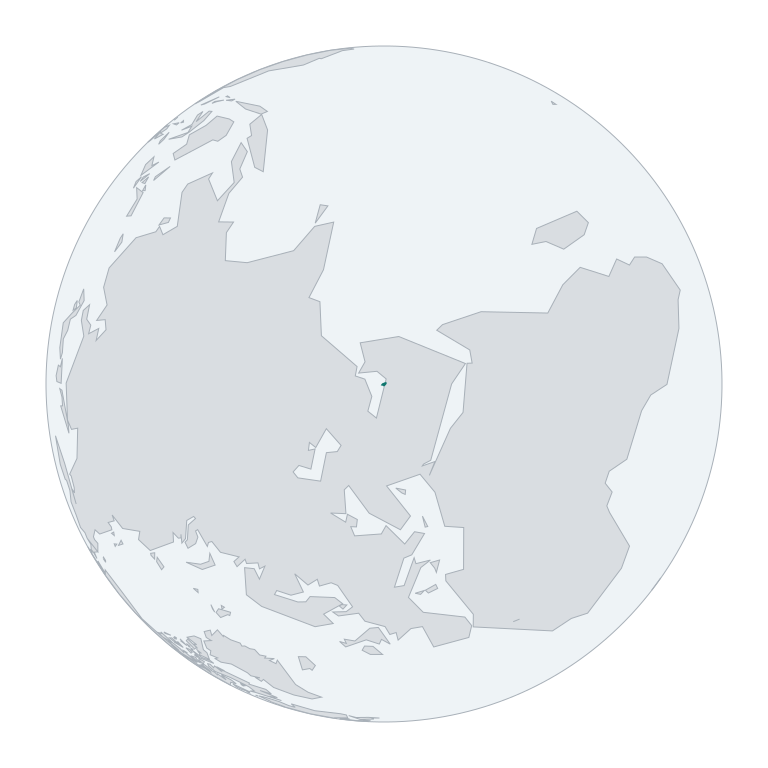 globe centered on Al Wakrah, rotated 223°
{"feature_id": "QAT-1101", "entity_name": "Al Wakrah", "entity_type": "Municipality", "adm_level": 1, "iso_a3": "QAT", "parent_name": "Qatar", "parent_adm1": "", "projection": "orthographic", "projection_center": [51.437, 24.907], "detail": "fine", "context": "on_globe", "style": "filled", "palette": "teal", "viewbox_px": 768, "rotation_deg": 223, "n_neighbors": 0, "source": "natural_earth", "source_scale": "10m", "svg_char_len": 10857}
<svg xmlns="http://www.w3.org/2000/svg" viewBox="0 0 768 768"><g transform="rotate(223 384 384)"><circle cx="384" cy="384" r="338" fill="#eef3f6" stroke="#a8b0b8"/><path d="M481.4,60.4L483.6,61.1L479.6,60.1L463.6,55.9L460.7,55.4L470.5,58.1L472.6,59.5L458.7,55.5L461.1,57.9L434.7,53.4L400.8,47.3L383.2,47.6L340.2,49.5L341.1,50.0L325.4,52.4L320.6,54.1L314.0,54.9L315.9,55.7L322.9,54.8L326.0,55.0L323.8,56.3L315.0,57.1L314.8,56.7L311.1,57.7L307.6,57.7L308.1,58.4L297.7,60.0L304.7,60.4L293.6,63.4L287.6,64.0L292.7,61.3L291.3,59.0L290.8,59.2L314.2,53.4L338.0,49.2L362.0,46.8L386.2,46.1L410.3,47.1L434.3,49.8L458.0,54.3L481.4,60.4ZM237.1,79.7L237.1,80.0L249.8,74.5L251.7,74.2L262.9,70.5L256.4,74.3L243.9,80.3L234.2,83.9L228.4,87.0L233.7,86.8L211.9,97.8L190.9,113.2L185.8,116.3L182.9,115.1L192.8,105.9L190.2,107.2L213.1,92.5L237.1,79.7ZM188.1,108.7L186.5,110.4L173.8,119.6L169.6,123.1L167.4,125.3L170.3,123.5L164.9,128.0L165.3,126.4L170.2,122.3L170.1,122.5L173.4,119.7L188.1,108.7ZM47.6,415.8L48.2,421.4L49.4,430.9L47.6,415.8ZM485.0,61.5L487.9,62.5L489.4,63.0L485.0,61.5ZM265.8,68.8L264.4,69.6L263.0,69.9L265.8,68.8ZM272.0,66.7L271.4,66.4L274.3,65.4L274.6,65.6L272.0,66.7ZM484.7,62.1L486.1,63.2L481.9,61.3L484.7,62.1ZM272.0,67.4L279.5,63.7L284.5,62.0L289.9,61.6L272.0,67.4ZM485.2,63.3L489.0,66.8L495.8,68.7L478.8,66.1L481.2,63.4L474.9,60.6L481.5,62.7L485.2,63.3ZM326.0,54.0L318.5,55.1L326.8,53.2L326.0,54.0ZM330.5,52.9L351.5,48.5L361.5,48.2L352.4,49.4L367.0,48.8L361.6,50.7L352.3,51.4L347.0,51.1L349.0,52.2L330.5,52.9ZM468.9,64.5L467.4,65.1L465.9,63.8L468.9,64.5ZM327.9,55.0L331.2,53.9L340.1,53.4L335.1,55.7L333.8,55.0L327.9,55.0ZM373.5,48.0L379.2,48.5L376.3,50.0L378.2,50.5L362.3,50.7L373.5,48.0ZM330.7,55.8L332.3,57.0L326.1,58.4L325.2,56.2L330.7,55.8ZM344.6,52.5L348.6,52.5L344.7,53.2L344.6,52.5ZM305.0,65.5L308.8,63.5L313.8,63.0L305.0,65.5ZM333.3,57.3L335.4,56.8L337.8,56.6L337.5,57.7L333.3,57.3ZM361.4,52.1L359.0,52.8L367.8,52.0L366.0,53.6L355.7,53.7L359.4,54.3L358.9,54.9L351.1,54.4L361.4,52.1ZM344.4,58.3L330.7,59.8L322.6,63.2L317.9,63.6L331.9,58.1L344.4,58.3ZM349.0,56.0L345.1,57.4L341.3,56.9L341.6,55.6L349.0,56.0ZM368.5,54.9L373.9,52.3L375.9,52.5L368.5,54.9ZM342.8,59.3L346.1,59.0L342.7,59.6L342.8,59.3ZM361.5,56.2L363.1,55.1L365.4,55.3L361.5,56.2ZM351.5,59.5L347.0,59.8L347.1,58.8L351.5,59.5ZM356.6,58.0L359.4,58.5L349.8,58.2L357.0,57.5L356.6,58.0ZM363.4,56.5L365.3,56.3L362.4,56.9L363.4,56.5ZM353.7,63.6L341.6,63.5L341.7,61.0L353.5,61.4L353.7,63.6ZM84.7,411.2L78.8,355.3L87.1,340.3L92.4,318.3L153.1,267.2L161.6,276.5L204.5,282.2L209.1,286.7L199.4,302.7L227.8,333.4L242.5,321.4L272.9,339.6L296.1,342.6L312.6,311.2L274.6,305.5L272.6,288.6L306.7,279.4L340.6,285.7L340.9,279.5L323.4,263.2L335.1,253.2L317.8,256.8L321.9,263.8L311.1,266.7L306.7,260.7L311.0,257.0L301.9,252.9L283.7,272.5L285.9,281.8L259.7,281.1L260.9,296.8L252.4,302.3L247.2,278.0L250.7,270.2L237.8,242.5L231.8,250.3L243.5,277.5L238.1,274.4L230.0,286.9L231.9,274.9L220.6,244.6L199.6,243.8L165.9,268.7L155.1,267.1L149.1,256.5L168.3,225.6L190.4,232.8L197.5,223.5L199.0,206.3L205.6,210.5L208.9,204.8L217.8,207.3L236.2,197.5L246.2,199.1L259.1,183.3L266.0,182.3L256.4,191.7L255.0,199.6L280.5,205.1L287.1,202.6L293.4,192.2L299.6,195.7L302.5,185.1L319.9,184.3L301.1,176.9L308.0,166.1L321.6,159.8L320.5,155.3L298.4,165.8L292.6,171.4L293.1,178.1L274.4,194.2L264.4,195.1L271.2,174.5L257.8,174.2L268.9,159.5L321.8,137.9L340.9,136.0L360.7,154.6L353.0,160.4L342.0,156.3L346.9,169.6L349.0,163.9L354.2,167.2L362.1,159.0L366.1,161.1L366.9,150.2L372.7,151.8L372.1,158.7L388.8,149.4L402.5,151.4L404.3,148.4L402.4,144.7L421.0,150.4L421.6,148.0L415.7,145.1L412.9,138.8L415.3,130.2L421.6,132.6L421.6,136.0L431.0,147.5L430.1,157.1L432.9,157.3L435.2,149.7L423.7,135.5L423.3,129.8L430.0,135.6L427.5,133.0L429.3,131.0L437.0,131.5L430.2,124.9L441.4,102.8L457.4,102.8L462.1,109.7L476.6,100.1L493.5,102.8L488.0,99.9L491.3,94.6L486.0,93.5L483.6,91.8L489.6,80.4L495.9,80.3L492.3,74.1L489.5,72.8L484.6,72.3L478.8,66.1L495.8,68.7L501.3,71.3L508.1,72.1L519.7,78.2L532.5,84.4L541.2,92.0L550.5,97.1L552.1,96.9L566.0,104.5L589.0,122.1L563.3,108.1L527.3,86.3L541.4,94.7L536.1,93.3L539.9,96.9L550.0,103.4L552.4,103.7L557.8,120.2L577.9,142.8L581.6,137.7L590.9,141.8L617.1,167.9L636.2,214.3L648.7,224.1L654.1,232.7L653.4,241.2L645.6,228.6L638.6,227.1L634.3,219.3L630.5,230.1L624.2,219.5L624.3,234.1L631.8,240.9L637.5,234.5L640.4,252.9L655.0,263.5L664.2,281.4L665.1,321.9L654.7,339.7L655.6,346.2L647.5,342.4L642.7,358.3L662.4,386.4L663.9,396.4L653.4,421.4L652.1,414.3L630.8,404.4L631.0,429.2L647.3,442.6L653.1,463.1L642.4,460.7L636.1,442.9L628.5,438.8L627.5,417.7L615.5,389.8L604.5,399.8L602.5,387.2L584.2,366.0L566.8,379.4L541.0,419.9L542.2,452.0L531.2,468.1L506.2,426.3L497.8,396.0L487.0,400.5L462.7,376.6L415.6,378.4L410.5,370.3L401.3,374.5L384.4,366.6L377.3,353.1L366.3,353.9L385.9,389.2L397.8,388.5L410.0,374.7L413.0,387.3L429.5,397.9L405.6,428.8L338.4,454.5L334.6,430.2L297.8,360.1L300.4,352.7L300.4,351.8L300.1,350.2L293.9,362.0L288.5,348.1L305.2,396.9L306.8,417.1L337.4,455.8L333.8,459.4L344.5,467.4L382.1,459.3L381.7,467.3L362.3,503.1L312.6,547.6L320.9,578.5L320.1,603.1L292.9,616.0L299.1,634.1L285.6,638.4L287.3,647.8L278.6,655.9L262.6,661.6L231.4,654.7L226.4,646.2L206.2,625.8L176.8,576.7L181.4,557.9L177.4,540.2L155.1,494.6L159.8,473.8L154.6,462.3L143.5,460.6L137.9,446.8L131.5,443.9L93.9,432.9L84.7,411.2ZM127.4,298.3L124.5,304.5L127.4,298.3ZM373.5,309.8L395.7,312.0L390.6,291.0L398.7,290.4L394.0,283.9L390.1,289.5L379.4,271.9L390.7,266.4L390.5,257.7L383.0,256.6L364.1,269.7L379.3,294.5L372.1,302.7L373.5,309.8ZM173.8,119.7L173.6,120.0L170.4,122.9L170.0,122.9L173.8,119.7ZM168.0,129.6L159.5,136.6L165.3,131.3L162.9,132.1L172.3,122.6L183.7,117.4L176.9,121.1L168.0,129.6ZM188.0,109.8L180.7,115.6L188.2,109.5L188.0,109.8ZM218.4,174.4L219.5,179.1L213.1,184.6L200.6,185.2L209.6,176.9L218.4,174.4ZM222.5,184.8L232.7,165.6L240.9,165.4L234.6,168.6L239.0,170.3L230.0,176.2L227.8,195.7L222.1,202.1L202.0,198.0L211.7,195.5L210.1,190.6L222.5,184.8ZM244.2,125.3L248.7,119.3L260.7,126.2L255.1,131.2L242.2,131.3L241.3,125.6L244.2,125.3ZM280.0,68.4L281.0,67.2L283.4,66.8L284.6,67.3L280.0,68.4ZM306.4,64.6L278.4,73.5L278.1,72.4L262.0,80.1L254.9,80.5L265.6,75.3L248.1,81.9L254.8,77.4L243.1,82.5L267.5,70.9L272.8,67.9L269.6,71.0L275.9,70.5L280.3,69.4L296.7,64.4L311.4,58.6L320.0,58.1L322.2,59.2L320.0,60.5L315.1,60.3L315.7,62.2L306.9,63.0L306.4,64.6ZM343.2,85.5L338.4,82.6L338.2,90.6L329.3,89.7L329.9,90.7L321.6,92.4L312.5,96.4L309.2,95.4L307.1,97.5L301.6,98.9L297.6,101.6L290.2,101.0L284.7,104.4L284.4,102.2L276.9,108.4L279.2,103.7L272.3,105.8L273.7,109.3L243.7,103.9L229.3,106.8L216.1,112.4L221.8,104.6L237.8,95.1L257.7,86.8L270.7,85.7L270.9,82.9L277.2,81.8L274.4,84.5L282.4,79.8L286.9,79.7L304.6,75.1L313.5,69.4L320.2,68.0L318.9,70.2L326.5,67.4L328.7,70.8L333.5,70.0L340.5,73.2L335.3,78.6L341.1,77.4L346.7,80.3L343.2,85.5ZM355.3,64.5L351.1,70.2L344.2,72.8L334.9,66.5L330.2,66.7L324.0,63.6L334.2,60.2L335.0,61.2L338.2,61.6L333.7,62.5L339.7,62.0L341.0,63.7L346.0,63.9L343.2,65.6L355.3,64.5ZM217.2,281.9L221.3,283.9L228.3,284.9L223.3,293.2L217.2,281.9ZM209.0,261.4L213.1,261.4L209.5,272.7L205.3,271.1L209.0,261.4ZM218.5,252.2L213.7,260.5L213.8,255.1L218.5,252.2ZM260.5,191.4L265.3,191.2L264.5,193.8L260.5,197.0L260.5,191.4ZM340.5,112.4L338.9,109.5L341.0,108.7L344.2,101.8L351.0,102.4L351.7,106.8L340.5,112.4ZM304.4,315.9L295.9,321.2L293.2,317.7L296.6,316.5L304.4,315.9ZM256.3,307.4L265.8,313.6L254.8,309.6L256.3,307.4ZM348.4,111.9L349.0,108.9L352.0,111.1L348.4,111.9ZM356.1,102.6L360.2,104.6L352.2,101.7L356.1,102.6ZM451.2,703.7L454.6,704.9L448.9,705.8L451.2,703.7ZM378.5,601.8L360.8,641.9L344.6,641.4L339.4,629.7L344.5,605.2L362.7,598.7L371.1,587.0L378.5,601.8ZM691.9,488.5L695.4,486.5L695.0,488.0L691.9,488.5ZM688.5,487.1L693.0,483.8L687.2,490.8L688.5,487.1ZM694.7,482.5L699.2,475.9L701.2,471.9L700.5,475.2L694.7,482.5ZM685.2,489.7L664.3,502.5L655.2,503.8L658.0,497.5L672.8,490.7L685.2,489.7ZM657.3,497.7L642.4,490.4L617.1,456.9L626.3,454.3L651.7,470.3L650.3,475.4L659.3,482.5L657.3,497.7ZM690.5,451.8L688.8,466.1L677.9,472.3L672.6,473.3L669.0,458.2L671.1,448.2L675.7,445.8L689.7,405.2L695.4,408.8L691.9,424.8L696.3,433.5L690.5,451.8ZM544.0,454.7L552.9,471.6L546.5,476.0L544.0,454.7ZM692.6,379.7L688.8,397.3L691.3,375.7L692.6,379.7ZM692.4,360.7L694.0,367.2L690.6,362.5L692.4,360.7ZM658.1,355.5L653.4,359.8L651.9,355.1L657.0,346.9L658.1,355.5ZM671.2,296.9L676.3,310.7L677.2,316.0L672.5,309.0L671.2,296.9ZM407.2,118.7L395.2,127.1L391.1,134.9L395.9,141.4L384.0,136.4L390.4,124.4L407.2,118.7ZM436.6,104.2L432.3,99.5L437.5,99.8L439.2,101.0L436.6,104.2ZM431.7,102.6L420.2,100.2L420.0,96.5L429.1,99.0L431.7,102.6ZM384.1,104.5L380.1,106.8L377.7,104.7L384.1,104.5ZM650.7,591.6L637.8,606.4L634.3,608.6L641.8,599.4L651.7,579.1L653.4,578.1L660.5,562.3L681.9,534.3L699.3,496.8L703.5,491.3L711.4,465.2L713.3,459.9L706.9,483.6L698.9,506.7L689.2,529.2L677.8,550.9L665.0,571.7L650.7,591.6ZM700.3,481.7L706.1,466.5L708.2,463.1L700.3,481.7ZM719.2,426.6L719.8,421.5L717.4,426.8L716.9,422.4L718.6,415.0L715.8,416.0L719.0,406.6L719.5,416.8L720.9,403.0L721.6,399.8L719.2,426.6ZM717.2,434.8L717.6,433.7L716.8,438.6L717.2,434.8ZM710.8,436.2L710.3,440.0L709.2,438.8L710.8,436.2ZM712.5,431.9L715.4,430.7L712.0,435.4L712.5,431.9ZM698.9,434.3L700.4,441.4L705.2,431.5L701.5,442.7L703.8,453.5L702.3,459.8L700.3,447.8L698.0,464.3L695.8,466.0L695.4,453.8L698.2,435.6L700.3,426.9L708.4,416.1L698.9,434.3ZM712.8,421.6L711.8,413.1L712.3,405.6L713.5,409.3L712.8,421.6ZM707.2,393.3L702.7,385.4L700.0,392.8L704.1,370.8L708.0,381.9L707.2,393.3ZM701.2,371.3L698.8,378.1L700.4,365.9L701.2,371.3ZM697.4,375.0L695.6,367.5L698.3,366.3L697.4,375.0ZM702.7,370.2L700.8,356.3L703.4,363.0L702.7,370.2ZM690.7,350.9L698.8,358.9L690.7,359.7L683.7,334.5L686.7,331.2L690.7,350.9ZM665.3,235.9L660.9,229.8L661.7,225.9L664.5,231.2L665.3,235.9ZM660.3,210.0L660.5,222.9L659.9,234.5L663.1,235.9L668.5,248.8L660.2,240.5L656.1,224.1L657.6,217.5L651.9,207.5L649.3,198.3L640.6,187.6L637.6,181.5L645.9,189.5L660.3,210.0ZM636.7,183.4L620.6,164.3L624.9,162.7L629.5,166.5L635.0,175.7L632.4,175.9L636.7,183.4ZM618.0,159.5L615.3,159.8L585.9,137.9L580.8,133.1L605.5,147.5L604.2,148.8L610.7,154.9L618.0,159.5ZM471.1,66.1L467.8,65.2L470.8,65.4L471.1,66.1ZM480.7,91.4L477.9,89.2L481.5,89.0L480.7,91.4ZM472.3,83.1L470.2,84.7L469.8,81.9L472.3,83.1ZM465.8,89.0L468.1,84.9L469.7,90.4L465.8,89.0Z" fill="#d9dde1" stroke="#a8b0b8" stroke-width="1"/><path d="M384.9,382.0L385.0,382.6L384.9,383.2L384.9,383.3L384.8,383.7L384.7,383.8L384.5,384.0L384.4,384.2L384.4,384.3L384.2,384.8L384.1,385.0L384.0,385.3L383.7,385.6L383.6,385.8L383.5,386.0L383.4,385.9L383.5,385.7L383.4,385.5L383.2,385.5L383.2,385.4L383.1,385.5L382.9,385.5L382.8,383.4L383.4,383.4L383.4,382.9L383.8,383.1L383.9,382.9L384.0,382.6L384.2,382.4L384.3,382.4L384.6,382.2L384.9,382.0L384.9,382.0Z" fill="#14b8a6" stroke="#0f766e" stroke-width="1.5"/></g></svg>